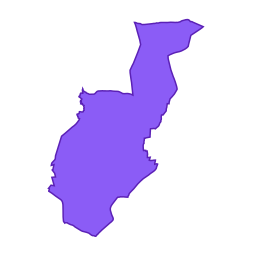 the district of Huai Rat, Buri Ram, Thailand, rotated 354°
{"feature_id": "78962969B72247490671236", "entity_name": "Huai Rat", "entity_type": "district", "adm_level": 2, "iso_a3": "THA", "parent_name": "Thailand", "parent_adm1": "Buri Ram", "projection": "orthographic", "projection_center": [103.226, 15.006], "detail": "fine", "context": "isolated", "style": "filled", "palette": "violet", "viewbox_px": 256, "rotation_deg": 354, "n_neighbors": 0, "source": "geoboundaries", "source_scale": "gbopen_adm2", "svg_char_len": 5368}
<svg xmlns="http://www.w3.org/2000/svg" viewBox="0 0 256 256"><g transform="rotate(354 128 128)"><path d="M87.1,84.3L87.0,84.8L86.9,84.9L86.7,85.1L86.6,85.6L86.6,85.9L86.7,86.5L86.6,87.0L86.5,88.1L86.9,88.3L86.9,88.5L86.7,88.7L85.9,88.6L85.6,88.5L84.7,88.4L84.5,88.5L84.4,88.6L84.2,89.0L84.2,89.5L83.7,90.1L83.6,90.3L83.6,90.6L83.6,91.0L83.3,91.4L82.6,91.4L82.5,91.6L82.6,91.9L82.8,92.2L83.1,92.4L83.7,92.8L84.1,93.3L84.5,93.7L84.9,94.0L85.0,94.2L85.1,94.3L84.9,94.9L84.6,95.1L84.4,95.5L83.9,95.6L83.6,96.1L83.5,96.4L83.4,97.1L83.6,97.2L84.1,96.8L84.3,96.8L84.3,97.1L84.0,97.4L84.0,97.7L84.0,98.1L83.7,98.3L83.5,99.0L83.9,99.2L84.1,99.1L84.5,98.7L85.1,98.8L85.2,99.1L84.7,99.2L84.7,99.4L84.8,99.5L85.0,99.5L85.2,100.0L85.7,100.6L85.9,100.7L86.5,100.9L86.7,101.1L86.3,101.7L86.2,102.0L86.3,102.5L86.5,103.0L86.6,103.4L86.5,103.6L86.2,103.7L86.1,103.8L86.1,104.6L86.2,105.0L86.2,105.8L85.7,105.9L85.6,106.0L85.2,107.1L84.8,107.2L84.0,107.3L83.2,107.1L82.8,107.0L81.8,106.7L81.4,106.7L80.9,108.4L80.8,108.5L80.7,108.6L80.3,108.7L78.8,108.9L78.7,109.0L78.7,109.4L78.9,110.3L79.0,110.4L79.2,110.6L79.2,111.2L79.5,111.3L79.6,111.5L79.5,112.5L79.5,112.8L79.7,113.0L79.9,113.1L80.2,113.2L80.3,113.3L80.8,113.7L80.2,114.8L78.5,116.8L76.8,118.5L74.8,120.0L72.6,121.3L64.9,126.7L61.1,129.2L53.0,148.1L52.5,150.8L52.1,151.6L51.8,152.0L48.8,154.6L48.4,155.3L47.8,157.2L50.5,156.7L48.9,161.7L48.3,161.7L48.2,161.8L50.3,165.3L50.8,169.1L47.1,169.1L47.3,170.1L48.6,177.7L45.5,176.8L42.6,179.8L43.4,180.2L43.4,180.3L43.4,180.6L43.2,181.3L43.0,181.7L42.6,182.3L42.6,182.6L44.4,184.0L45.6,185.0L49.0,188.2L53.3,191.9L53.9,192.5L54.5,193.3L54.8,194.1L55.1,194.9L55.3,197.4L54.8,203.5L54.2,209.7L54.1,213.2L54.1,214.0L54.4,214.8L54.7,215.1L54.9,215.2L55.0,215.3L55.1,215.8L55.4,215.6L55.5,215.7L55.6,215.8L57.2,215.8L57.7,215.9L57.8,216.0L58.4,216.6L60.0,217.6L61.1,218.2L62.9,218.9L64.2,220.0L64.9,220.8L70.5,225.1L71.8,225.9L75.6,227.3L76.7,227.8L77.8,228.3L78.1,228.5L78.9,229.2L79.3,229.7L80.6,230.8L81.3,231.2L81.4,231.3L82.7,231.5L83.0,231.6L83.8,232.1L84.1,232.2L84.7,232.3L86.2,230.7L86.4,230.6L86.6,230.7L87.7,229.6L91.8,226.4L97.9,222.1L100.0,220.6L101.3,219.8L102.8,218.6L103.4,218.0L103.7,217.3L103.8,216.7L103.7,215.7L102.7,212.6L101.9,208.3L101.9,206.6L102.3,205.3L103.0,203.9L103.5,203.2L104.6,201.9L110.1,196.1L110.5,195.8L111.5,195.8L112.7,195.8L113.3,195.7L113.5,195.6L114.8,195.9L115.9,195.9L118.3,196.4L120.6,196.8L120.9,195.8L121.1,195.6L121.7,194.9L122.3,193.5L122.5,193.2L124.5,191.4L127.3,189.1L131.9,184.6L135.1,182.0L136.0,181.4L137.0,180.6L138.2,179.8L141.2,178.2L143.6,176.9L145.4,175.7L148.7,173.9L149.8,173.2L150.9,172.3L151.9,171.1L152.0,170.8L152.5,169.4L152.9,168.7L153.7,167.0L153.4,166.8L152.8,166.7L152.2,166.6L151.1,166.7L150.8,166.8L150.9,165.8L151.7,163.7L151.9,162.8L150.1,162.7L148.8,162.8L148.1,162.8L147.0,162.7L146.5,162.6L145.8,162.3L145.7,162.2L146.3,161.2L147.0,159.4L145.8,159.5L145.5,159.6L145.2,159.5L144.2,159.4L144.4,158.1L144.4,156.9L144.7,156.4L144.7,156.2L144.7,155.2L144.6,152.9L143.4,152.9L143.3,152.1L143.2,152.1L142.1,152.1L142.0,151.9L141.1,152.0L141.0,150.9L141.2,147.2L141.6,145.9L141.8,145.4L142.1,144.8L142.3,144.8L142.5,142.9L142.8,142.2L143.0,141.4L143.2,139.9L144.0,140.0L144.8,139.7L146.8,139.5L148.1,139.4L148.9,139.4L149.0,139.1L149.2,137.3L149.4,136.5L149.6,134.9L149.9,133.4L150.1,131.8L150.3,131.1L152.4,131.2L153.1,131.1L154.6,131.4L155.1,131.7L156.7,130.5L158.0,129.7L158.8,129.0L159.4,128.0L160.0,126.6L160.3,126.2L160.7,125.9L160.8,125.7L161.0,125.3L161.3,125.2L161.5,124.3L161.4,123.9L161.5,123.7L161.8,123.3L161.9,123.2L162.1,122.1L162.2,121.6L162.1,120.7L162.5,119.2L162.7,118.6L163.8,118.7L164.3,118.6L164.3,118.2L164.7,118.0L164.9,118.0L166.0,116.8L167.7,115.1L167.9,114.2L168.1,112.9L168.7,111.5L169.1,109.8L169.6,107.9L171.3,108.2L171.7,106.4L172.9,103.4L175.2,101.4L177.5,99.2L178.0,98.6L180.3,95.5L180.9,94.5L180.9,94.3L180.8,92.6L180.6,91.2L179.8,87.1L179.0,83.8L178.4,81.8L176.7,74.6L175.5,65.7L175.2,63.3L175.3,60.4L177.3,59.5L180.9,58.4L182.6,58.0L184.5,57.7L187.2,57.4L189.3,56.9L193.1,55.4L195.0,54.3L196.4,53.1L197.1,50.9L200.2,42.4L209.9,37.3L212.5,35.8L213.4,35.1L203.5,29.5L203.0,29.1L202.6,28.9L201.1,28.7L200.8,28.1L200.5,27.7L200.3,27.3L199.6,27.0L199.4,26.7L199.2,26.6L198.8,26.4L198.5,26.4L198.0,26.5L197.3,26.3L192.8,27.0L190.7,27.9L189.1,28.1L188.6,28.2L187.1,28.0L186.2,28.0L185.0,27.8L183.0,27.5L181.7,27.3L178.3,27.2L172.0,26.5L170.5,26.5L169.2,26.8L168.7,26.8L167.6,26.5L167.4,26.5L166.7,26.7L165.5,26.8L164.5,26.7L162.3,26.8L158.3,26.8L155.7,26.8L152.7,26.6L151.7,25.9L151.3,25.6L151.2,25.5L148.2,24.9L147.9,24.7L147.3,24.3L146.7,24.0L146.3,23.8L145.5,23.7L146.1,25.6L146.8,29.2L147.2,32.1L148.9,41.8L149.3,46.4L145.7,53.7L140.1,64.3L138.5,66.7L137.1,69.1L136.1,70.7L135.9,73.3L136.1,79.6L136.3,83.1L136.3,85.8L136.3,89.7L136.3,95.8L134.5,94.7L132.2,93.9L130.8,93.6L128.3,93.5L127.9,93.5L127.2,93.3L126.6,93.3L126.3,93.2L125.8,92.8L123.5,91.3L122.1,90.6L121.0,90.4L118.9,90.1L117.1,89.8L114.7,89.2L114.0,89.1L112.9,89.1L112.3,89.1L107.3,88.5L106.6,88.3L105.9,88.3L102.3,88.1L101.3,88.3L100.9,88.5L98.4,90.6L97.8,90.7L97.3,90.8L96.7,90.7L94.0,90.5L93.1,90.4L91.5,89.4L90.5,89.0L90.3,88.9L90.2,88.7L90.0,88.2L89.4,87.9L89.2,87.7L88.9,87.6L88.6,87.4L88.3,87.2L87.7,86.4L87.3,86.2L87.2,86.0L87.1,85.7L87.3,84.8L87.1,84.3Z" fill="#8b5cf6" stroke="#5b21b6" stroke-width="1.5"/></g></svg>